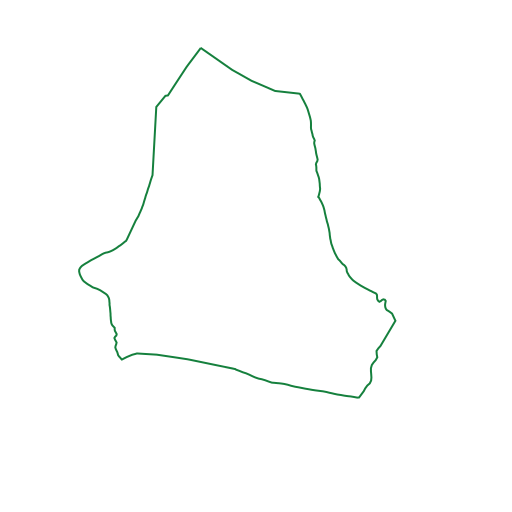 Maswarah, Al Bayda', Yemen, rotated 123°
{"feature_id": "15242507B74981338012196", "entity_name": "Maswarah", "entity_type": "district", "adm_level": 2, "iso_a3": "YEM", "parent_name": "Yemen", "parent_adm1": "Al Bayda'", "projection": "albers", "projection_center": [45.681, 14.409], "detail": "fine", "context": "isolated", "style": "outline", "palette": "green", "viewbox_px": 512, "rotation_deg": 123, "n_neighbors": 0, "source": "geoboundaries", "source_scale": "gbopen_adm2", "svg_char_len": 4691}
<svg xmlns="http://www.w3.org/2000/svg" viewBox="0 0 512 512"><g transform="rotate(123 256 256)"><path d="M111.6,415.8L111.7,415.6L132.0,417.0L135.5,417.2L157.4,417.3L169.3,417.3L171.0,419.2L185.3,420.8L244.6,386.8L246.3,386.4L248.3,385.9L249.8,385.5L251.8,384.9L253.1,384.5L253.9,384.3L255.8,383.7L257.3,383.4L258.9,383.0L260.8,382.4L262.6,381.9L264.1,381.6L266.3,381.0L267.8,380.5L269.3,380.1L271.1,379.6L273.0,379.0L274.7,378.5L276.9,378.1L278.4,377.7L280.3,377.4L282.0,377.1L283.5,376.9L285.2,376.6L286.9,376.3L288.5,376.3L290.4,376.2L291.6,376.2L312.5,373.3L314.1,373.2L315.5,373.8L317.2,374.3L319.3,375.0L321.2,375.7L322.6,376.4L324.1,376.9L325.6,377.5L327.3,378.3L329.1,379.2L330.9,380.3L332.5,381.4L333.9,382.6L335.0,383.8L336.4,384.9L338.0,385.9L339.6,386.7L341.3,387.5L342.7,388.3L344.1,389.1L345.6,389.9L347.2,390.8L348.9,391.8L350.3,392.5L351.8,393.2L353.3,393.9L354.6,394.6L356.3,395.4L357.7,396.0L359.1,396.6L360.6,396.9L362.2,397.0L362.9,396.9L363.8,396.8L365.1,396.0L365.3,395.9L366.3,394.9L367.4,393.7L368.5,392.0L369.4,390.4L370.3,388.8L370.8,387.4L371.1,385.8L371.1,384.9L371.2,384.0L371.3,382.5L371.3,380.8L371.2,379.1L371.2,377.8L371.2,377.4L371.2,375.9L370.8,374.2L370.4,372.8L370.0,371.2L369.8,369.6L369.6,368.0L369.6,366.2L369.6,364.4L369.6,362.8L369.6,361.3L369.9,359.4L370.8,357.6L371.6,356.3L372.8,355.1L374.0,354.2L375.5,353.0L376.8,352.2L378.2,350.9L379.4,349.9L380.8,348.8L382.1,347.8L383.6,346.6L385.1,345.6L385.5,345.3L386.5,344.5L387.9,343.5L389.5,342.2L390.0,341.7L390.7,341.2L391.4,340.4L391.7,340.0L392.4,338.7L392.8,337.1L393.2,335.4L394.5,334.6L395.6,333.6L396.5,331.9L397.4,330.3L398.8,329.8L400.3,330.2L401.9,330.1L403.0,328.6L403.7,327.2L404.5,325.8L406.1,325.2L407.9,324.8L409.3,324.2L410.4,322.9L411.3,321.5L412.1,320.1L413.1,318.9L414.2,317.7L414.8,316.3L415.2,314.6L415.7,313.0L415.9,312.1L411.2,309.4L408.7,307.7L406.2,306.0L403.8,303.8L402.6,302.8L392.8,285.5L384.8,268.0L380.0,257.4L378.9,254.7L362.1,211.7L362.2,210.9L361.4,207.4L360.7,203.7L359.8,200.5L359.2,197.0L358.8,193.7L358.3,190.6L357.4,187.0L356.2,184.0L355.2,180.6L354.4,177.0L353.6,173.8L352.2,171.2L350.7,168.3L350.5,168.0L349.3,165.6L348.0,162.8L346.7,159.3L345.7,155.8L344.3,151.9L343.0,148.9L341.8,145.9L340.5,142.6L339.2,139.6L337.7,136.0L336.2,132.7L334.6,129.4L333.0,126.1L331.7,122.9L330.7,119.9L329.8,117.6L329.1,115.6L327.8,112.2L326.3,109.0L325.0,105.8L323.6,102.8L322.2,100.1L320.9,97.1L319.6,93.9L318.5,92.5L310.7,92.0L307.6,92.3L304.0,92.1L300.9,91.2L297.8,91.6L295.1,93.0L292.4,95.0L290.1,96.8L287.5,98.5L284.3,99.5L281.3,99.4L278.2,98.9L274.9,99.1L272.7,101.2L270.0,103.2L266.7,103.1L263.7,102.6L234.4,103.8L230.2,110.5L230.1,112.0L230.0,113.7L230.0,115.3L230.1,116.9L229.5,118.4L228.5,119.7L227.3,120.7L226.4,121.3L226.0,121.5L224.6,122.1L223.1,122.7L222.5,124.1L223.0,125.6L224.3,126.4L225.8,126.8L227.2,127.6L227.0,129.3L226.2,130.8L225.0,131.8L223.6,132.7L222.5,133.7L222.1,135.2L222.4,137.0L222.6,138.5L222.7,140.1L223.0,141.9L223.1,143.5L223.3,145.5L223.5,147.3L223.6,148.9L223.7,150.6L223.8,152.1L223.8,154.0L223.8,156.1L223.8,156.3L223.8,157.7L223.7,159.4L223.6,161.0L223.3,162.6L222.8,164.4L222.3,166.1L221.7,167.6L220.9,168.9L220.2,170.4L219.2,171.7L218.0,172.6L216.8,173.9L216.0,175.5L215.6,177.1L215.6,178.7L215.2,180.3L214.7,181.8L214.2,183.4L213.9,185.3L213.2,186.7L212.5,188.1L211.5,189.8L210.7,191.3L209.8,192.6L208.9,193.9L207.8,195.4L207.2,196.3L206.8,196.7L205.8,198.0L204.7,199.5L203.5,200.7L202.1,202.0L201.1,203.1L199.8,204.2L198.3,205.5L196.6,206.8L195.1,208.2L193.9,209.3L192.8,210.4L191.7,211.6L190.3,213.0L189.1,214.5L187.9,215.9L187.6,216.1L186.4,217.4L185.3,218.6L184.0,219.9L183.0,221.0L181.9,222.1L180.6,223.3L179.5,224.5L178.2,226.0L177.2,227.3L176.3,228.7L175.4,230.1L174.6,231.5L173.9,233.0L173.1,234.3L172.5,235.7L172.5,236.0L171.8,236.1L170.2,236.6L168.8,237.1L167.3,237.6L165.9,238.2L164.6,238.9L163.4,239.9L162.1,240.9L160.8,241.8L159.6,242.8L158.3,243.9L157.0,245.0L155.7,246.4L154.8,247.6L153.5,249.2L152.6,250.4L151.7,251.7L150.4,252.6L149.0,253.5L147.6,254.6L146.5,255.7L144.8,256.2L143.3,256.2L141.6,256.8L140.6,257.8L139.2,259.3L138.1,260.5L136.9,261.7L135.7,262.7L134.4,263.9L133.3,264.9L132.2,266.1L131.1,267.3L130.0,268.4L128.7,269.2L127.2,269.6L126.1,271.1L125.3,272.6L124.2,274.0L123.1,275.0L121.9,276.4L120.8,277.5L119.6,278.9L118.3,279.9L117.0,280.7L115.3,281.8L114.0,282.7L112.7,283.7L111.3,285.1L109.9,286.6L108.8,287.9L107.7,289.2L106.5,290.6L105.4,291.9L104.3,293.3L103.3,294.8L102.4,296.3L101.6,297.6L100.7,299.2L99.8,300.7L99.1,302.1L98.1,303.8L97.3,305.2L96.6,306.5L96.1,307.5L96.4,308.4L107.2,329.9L110.4,348.9L111.5,355.1L112.9,377.3L111.6,415.8Z" fill="none" stroke="#15803d" stroke-width="2"/></g></svg>